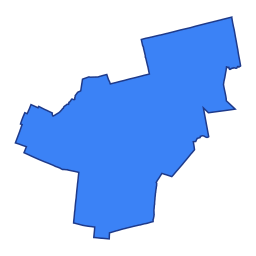 Voiteg, Timis, Romania
{"feature_id": "2599482B83976998300104", "entity_name": "Voiteg", "entity_type": "district", "adm_level": 2, "iso_a3": "ROU", "parent_name": "Romania", "parent_adm1": "Timis", "projection": "orthographic", "projection_center": [21.271, 45.473], "detail": "fine", "context": "isolated", "style": "filled", "palette": "blue", "viewbox_px": 256, "rotation_deg": 0, "n_neighbors": 0, "source": "geoboundaries", "source_scale": "gbopen_adm2", "svg_char_len": 5554}
<svg xmlns="http://www.w3.org/2000/svg" viewBox="0 0 256 256"><path d="M148.8,222.8L150.7,222.2L153.1,221.6L153.1,220.7L153.1,220.3L153.1,220.1L153.0,219.6L153.2,219.3L153.3,219.1L153.4,218.9L153.6,217.7L153.9,216.4L154.1,214.6L154.1,214.3L154.0,213.2L154.0,212.5L154.0,211.9L153.9,210.6L154.0,209.4L154.0,209.0L154.1,208.6L154.3,206.0L154.4,204.9L154.5,204.6L154.6,204.3L154.6,202.5L154.8,200.3L154.8,200.1L155.0,198.8L154.9,198.4L155.1,196.8L155.3,195.2L155.4,193.5L155.5,192.9L155.7,192.2L155.7,191.7L155.7,191.4L155.8,190.7L156.0,189.3L156.2,188.3L156.3,187.5L156.3,187.3L156.3,186.9L156.6,185.8L156.6,185.2L156.7,183.4L156.2,182.4L157.7,179.9L159.0,178.0L160.1,176.2L161.4,174.2L161.9,173.4L163.5,173.9L164.6,174.3L165.8,174.6L171.8,176.6L172.0,176.4L173.2,175.1L175.9,171.9L176.8,170.8L177.2,170.4L182.8,163.9L183.8,162.6L184.5,161.8L185.4,160.7L186.1,159.9L187.8,157.8L190.0,155.1L191.2,153.6L191.9,152.9L193.9,150.5L194.4,149.9L194.5,149.7L194.4,148.7L194.3,148.4L194.1,146.7L193.3,141.7L195.7,141.5L196.6,139.5L197.1,138.8L197.2,138.4L200.0,137.6L200.4,136.9L200.3,136.4L201.9,135.9L202.2,135.7L203.0,135.8L203.8,136.0L204.6,136.4L205.4,136.9L206.3,137.3L207.1,137.4L207.6,137.3L208.3,137.0L208.7,136.7L203.8,110.2L203.4,107.9L207.9,112.3L208.1,112.5L208.3,112.7L208.7,112.7L209.0,112.7L212.5,112.2L217.8,111.5L224.6,110.6L231.2,109.7L235.2,109.1L233.5,107.5L226.4,100.9L226.2,99.6L226.2,98.7L225.8,96.2L225.4,94.1L224.5,89.9L223.9,87.0L223.5,84.7L223.5,84.4L223.9,81.5L224.8,77.5L225.7,72.3L226.0,70.8L226.3,68.6L226.5,67.2L226.5,66.8L226.8,66.8L227.1,67.1L227.4,67.3L227.5,67.4L227.6,67.5L227.8,67.5L228.1,67.5L228.4,67.4L228.3,67.8L228.5,67.9L228.7,68.0L228.8,67.9L229.1,68.0L229.5,68.3L229.4,68.9L229.4,69.1L229.5,69.3L229.8,69.4L230.0,69.4L230.5,69.2L230.9,69.0L231.0,68.8L231.4,68.6L231.8,68.4L232.1,68.1L232.5,68.1L232.8,68.3L233.0,68.3L233.2,68.1L233.8,67.7L234.3,67.8L235.3,68.2L235.5,68.2L235.9,68.2L236.4,68.2L236.6,68.2L236.8,68.1L236.9,67.9L237.1,67.5L237.3,67.1L237.5,66.7L237.9,66.4L238.0,66.4L238.1,66.6L238.5,67.0L238.8,67.1L238.9,66.9L240.5,66.1L240.6,65.9L239.6,60.2L238.7,55.5L238.2,52.6L237.8,49.8L237.0,45.6L236.1,40.4L236.0,39.8L235.8,39.4L235.8,39.2L235.8,38.9L235.8,38.7L235.6,37.9L234.2,29.9L234.0,29.0L233.5,26.8L233.4,26.5L233.2,25.4L232.7,23.0L231.8,17.7L231.8,17.1L204.2,24.0L195.2,26.3L190.4,27.7L180.3,30.0L173.1,31.9L168.3,33.1L167.8,33.4L167.4,33.3L160.6,35.0L159.8,35.1L155.5,36.1L151.4,37.1L150.2,37.3L149.7,37.5L149.2,37.6L145.7,38.3L141.3,39.5L142.7,45.9L143.2,46.4L143.5,47.6L143.4,47.7L144.9,54.0L145.3,55.6L145.3,57.2L145.7,57.8L147.4,65.0L147.6,65.9L147.8,66.3L148.9,71.9L149.2,73.0L149.4,74.0L146.8,74.7L143.7,75.4L142.7,75.7L137.7,77.0L135.0,77.7L130.3,78.8L126.9,79.7L125.1,80.2L124.4,80.4L119.0,81.7L116.1,82.5L110.3,83.9L109.7,82.1L109.6,81.9L109.2,81.0L108.6,79.9L108.0,78.2L107.4,76.4L106.8,74.5L102.5,75.6L100.5,76.2L99.7,76.4L98.9,76.7L97.9,77.0L96.8,77.0L92.9,77.1L90.3,77.2L89.5,77.0L88.9,76.9L83.2,78.9L82.5,79.2L82.0,82.7L81.8,83.8L80.9,89.8L80.7,90.8L80.3,90.9L80.0,91.3L79.6,91.5L79.1,91.6L78.4,91.9L78.0,92.1L77.5,92.5L77.4,92.6L77.3,92.8L76.9,93.4L76.6,93.7L76.5,93.9L76.2,94.4L76.0,94.6L75.3,95.4L75.3,95.6L75.2,95.9L75.2,96.3L75.2,96.6L74.8,97.7L74.7,98.1L74.8,98.4L74.8,99.2L74.6,99.5L74.3,99.6L73.9,99.6L73.2,99.5L72.5,99.2L72.0,99.0L71.6,99.3L71.4,99.5L70.7,100.7L70.4,101.0L70.1,101.5L69.8,101.8L69.5,102.0L69.2,102.1L68.9,102.4L68.9,102.6L68.8,102.9L68.8,103.2L68.8,103.4L68.8,103.5L68.6,104.3L68.4,104.4L67.8,104.2L67.2,104.2L66.7,104.6L66.5,104.8L66.1,105.1L65.2,105.7L64.0,106.6L63.9,106.8L63.8,107.0L63.5,107.6L63.4,107.9L63.3,108.0L63.3,108.3L62.6,108.7L62.2,109.1L61.9,109.6L60.1,111.6L59.4,112.2L59.0,112.6L57.5,113.5L55.8,114.5L55.3,114.9L53.8,115.7L52.9,116.3L52.8,116.5L52.8,116.3L52.8,116.1L52.7,116.0L52.7,115.7L52.3,114.6L52.2,114.0L52.2,113.5L52.3,113.0L52.1,112.9L49.8,111.8L48.5,111.2L47.1,110.5L46.6,110.3L45.3,109.7L45.0,109.6L43.0,108.6L38.7,106.4L38.2,107.3L38.0,107.8L35.0,106.4L31.0,104.6L29.4,108.7L28.3,111.1L27.8,112.4L27.1,113.7L24.8,112.7L23.8,115.1L23.7,115.4L23.3,116.2L22.6,118.0L21.8,120.1L21.5,121.0L20.5,124.0L22.1,124.6L21.9,125.1L19.5,132.0L18.1,135.7L16.4,140.2L15.4,142.9L17.3,143.5L19.7,144.3L19.8,144.3L20.2,144.5L22.3,145.3L23.2,145.6L26.4,146.7L24.7,151.0L24.0,152.7L28.2,154.6L29.3,155.1L30.1,155.5L31.4,156.1L33.6,157.1L35.4,157.9L39.0,159.5L43.1,161.2L44.8,161.9L47.7,163.0L49.2,163.6L51.3,164.5L52.1,164.8L53.5,165.4L55.4,166.4L57.5,167.1L60.2,168.2L61.1,168.8L61.9,169.2L62.4,169.4L63.0,169.6L63.5,169.4L65.1,169.6L66.5,169.7L67.5,169.7L67.5,169.9L69.3,170.3L71.2,170.7L74.7,171.4L77.3,172.0L78.3,172.3L78.8,172.4L78.2,177.8L78.2,178.3L78.0,179.7L77.9,181.0L77.5,183.9L77.3,186.3L77.0,188.9L76.7,191.6L76.5,194.1L76.4,194.7L76.2,197.7L75.8,200.6L75.5,203.1L75.1,207.4L75.1,208.2L75.0,209.0L74.9,210.2L74.6,211.9L74.4,214.5L74.0,218.8L73.7,221.4L73.6,223.0L74.3,223.1L75.1,223.3L77.8,224.0L81.2,224.9L82.7,225.3L83.2,225.4L85.5,225.8L88.0,226.2L89.5,226.4L91.6,226.6L93.5,226.9L94.7,227.0L94.6,228.8L94.5,230.2L94.0,235.2L93.9,236.4L93.8,237.5L95.4,237.6L97.3,237.8L100.0,238.1L100.9,238.2L102.7,238.3L106.0,238.6L109.2,238.9L109.3,237.9L109.3,236.6L109.4,235.0L109.5,232.8L110.8,232.5L112.4,232.0L116.4,230.8L117.4,230.6L118.7,230.2L121.4,229.4L123.2,228.9L124.4,228.6L124.7,228.6L126.4,228.1L127.2,227.9L128.1,227.7L129.3,227.4L132.1,226.7L133.7,226.3L137.7,225.4L137.9,225.3L139.4,225.0L139.9,225.0L142.8,224.2L144.3,223.8L144.8,223.7L145.8,223.6L147.5,223.2L148.8,222.8Z" fill="#3b82f6" stroke="#1e3a8a" stroke-width="1.5"/></svg>